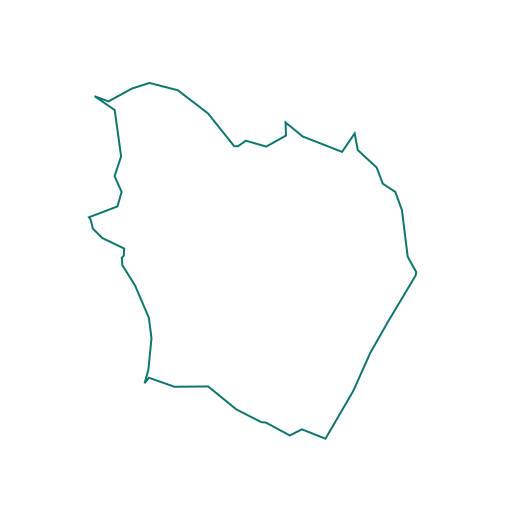 Stafford, Virginia, United States of America (orthographic projection), rotated 166°
{"feature_id": "52423323B30629094750441", "entity_name": "Stafford", "entity_type": "district", "adm_level": 2, "iso_a3": "USA", "parent_name": "United States of America", "parent_adm1": "Virginia", "projection": "orthographic", "projection_center": [-77.434, 38.418], "detail": "fine", "context": "isolated", "style": "outline", "palette": "teal", "viewbox_px": 512, "rotation_deg": 166, "n_neighbors": 0, "source": "geoboundaries", "source_scale": "gbopen_adm2", "svg_char_len": 809}
<svg xmlns="http://www.w3.org/2000/svg" viewBox="0 0 512 512"><g transform="rotate(166 256 256)"><path d="M268.1,406.0L291.8,435.8L317.6,449.7L335.7,448.5L361.8,441.7L374.0,450.1L357.8,431.8L362.8,385.2L373.9,367.7L370.9,350.6L378.5,337.6L408.7,334.0L407.6,331.2L407.7,322.0L400.7,310.5L382.1,295.1L384.2,288.3L386.6,286.8L387.9,279.3L380.5,256.7L374.9,222.0L377.3,201.5L388.0,171.5L394.9,159.5L389.4,163.8L366.9,148.9L334.0,141.0L312.2,111.9L291.1,93.5L286.7,92.0L266.7,73.7L253.4,76.7L232.8,61.9L194.4,101.4L168.5,134.4L144.0,160.1L105.7,198.6L104.4,201.6L109.0,218.5L103.3,265.1L105.3,284.4L115.5,295.5L117.5,312.6L131.6,334.1L130.6,351.1L147.3,336.2L181.7,360.6L195.0,378.4L197.8,365.6L219.6,359.7L238.0,370.3L246.8,366.9L250.6,367.8L268.1,406.0Z" fill="none" stroke="#0f766e" stroke-width="2"/></g></svg>